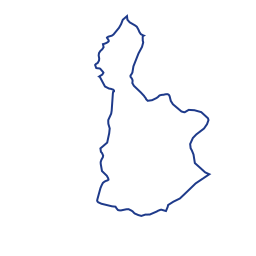 SVG path tracing the border of Intibucá, rotated 142°
{"feature_id": "HND-648", "entity_name": "Intibucá", "entity_type": "Department", "adm_level": 1, "iso_a3": "HND", "parent_name": "Honduras", "parent_adm1": "", "projection": "orthographic", "projection_center": [-88.241, 14.258], "detail": "fine", "context": "isolated", "style": "outline", "palette": "blue", "viewbox_px": 256, "rotation_deg": 142, "n_neighbors": 0, "source": "natural_earth", "source_scale": "10m", "svg_char_len": 2136}
<svg xmlns="http://www.w3.org/2000/svg" viewBox="0 0 256 256"><g transform="rotate(142 128 128)"><path d="M59.7,191.2L59.8,191.1L60.3,190.8L62.7,187.6L62.8,187.1L63.4,186.0L67.0,183.3L73.8,180.3L85.7,173.3L90.4,169.0L92.3,168.2L93.4,167.9L94.0,167.6L94.5,166.7L94.5,165.0L94.7,163.7L95.1,162.7L96.2,161.4L96.9,160.8L97.4,157.7L96.0,148.1L95.6,143.4L95.7,142.5L95.7,140.4L96.0,139.5L95.7,137.3L91.9,135.1L87.3,134.1L86.0,134.0L84.9,134.0L83.9,134.2L83.0,134.2L82.0,133.8L80.8,133.2L79.5,132.3L78.1,131.7L76.9,131.0L75.9,130.2L75.4,129.0L75.6,127.5L77.6,123.0L78.0,119.0L75.7,108.1L74.4,106.3L73.6,105.5L69.0,104.9L64.7,101.1L60.5,95.4L59.0,86.4L59.7,84.7L63.3,82.4L68.4,80.8L78.1,80.9L83.0,80.2L88.9,77.1L91.1,73.5L91.5,71.0L92.7,66.8L96.9,59.2L94.5,45.5L92.4,41.5L108.8,42.7L121.2,41.4L130.5,40.5L137.6,42.0L143.8,42.6L145.3,41.4L149.2,39.2L152.1,43.2L153.2,43.7L155.3,44.3L156.8,44.5L164.1,46.4L167.7,49.1L171.6,50.5L173.5,53.1L175.3,56.4L175.5,57.2L175.7,59.5L176.2,60.9L177.5,63.6L179.2,64.9L184.3,67.4L185.6,68.5L186.4,69.5L186.5,71.7L186.3,73.7L188.8,76.1L195.6,84.7L197.2,87.8L197.3,88.6L197.2,89.3L197.0,89.8L196.1,90.6L186.7,97.6L184.2,99.0L181.6,100.2L179.4,100.2L177.7,99.8L176.3,99.3L175.2,99.3L174.6,100.5L174.1,103.4L175.0,110.1L171.6,116.5L170.5,118.0L168.4,119.4L165.9,120.4L164.6,121.5L163.9,124.2L164.0,125.9L162.3,128.9L153.4,129.3L146.1,135.4L142.7,138.9L140.9,143.4L139.1,145.9L138.5,146.5L132.5,149.6L130.2,151.7L118.6,164.6L117.3,165.7L116.5,165.5L116.0,166.1L116.0,167.2L117.4,169.4L118.7,170.8L120.6,174.9L118.7,185.8L119.0,186.3L118.6,186.3L115.4,185.9L113.3,186.7L113.2,187.4L113.4,191.8L113.8,192.5L115.7,194.3L116.1,194.9L115.1,197.9L113.7,198.2L111.9,197.9L109.3,199.0L107.9,200.5L107.1,202.0L106.4,203.3L104.7,204.9L102.4,205.7L99.8,205.9L97.5,206.7L96.1,209.5L94.7,208.9L93.0,208.4L91.3,208.1L89.9,208.2L89.3,208.9L89.1,210.3L89.1,211.6L88.9,212.2L87.3,212.1L83.9,210.7L81.9,210.6L73.4,212.5L69.5,214.1L65.5,216.5L59.9,216.8L61.8,213.7L61.6,210.2L59.3,204.5L58.7,202.4L59.2,199.2L59.9,196.6L60.1,194.0L59.0,191.6L58.7,191.1L59.6,191.2L59.7,191.2Z" fill="none" stroke="#1e3a8a" stroke-width="2"/></g></svg>